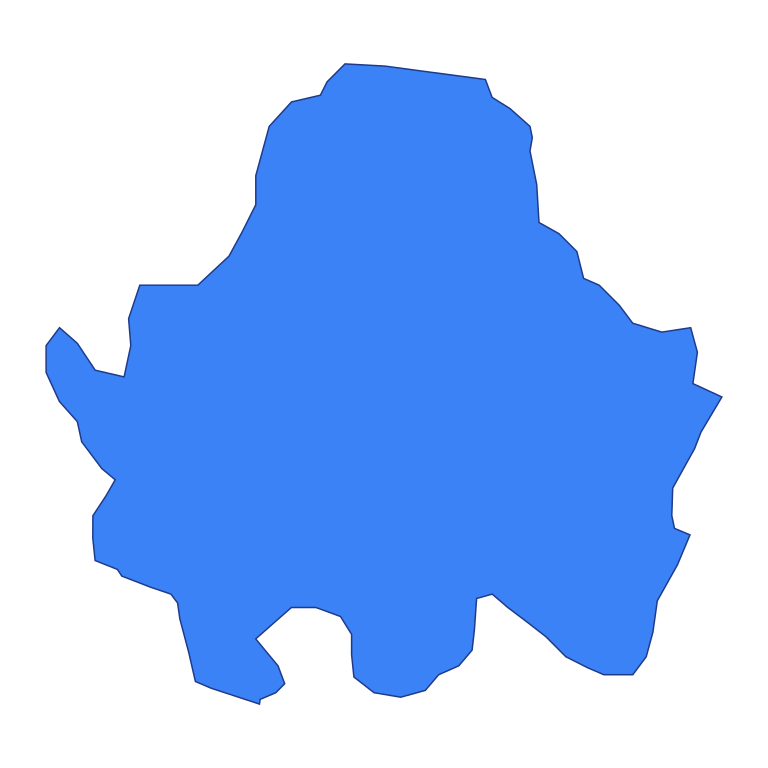 Seongju-gun, North Gyeongsang, South Korea
{"feature_id": "91817680B40534015790157", "entity_name": "Seongju-gun", "entity_type": "district", "adm_level": 2, "iso_a3": "KOR", "parent_name": "South Korea", "parent_adm1": "North Gyeongsang", "projection": "natural_earth1", "projection_center": [128.226, 35.91], "detail": "fine", "context": "isolated", "style": "filled", "palette": "blue", "viewbox_px": 768, "rotation_deg": 0, "n_neighbors": 0, "source": "geoboundaries", "source_scale": "gbopen_adm2", "svg_char_len": 1325}
<svg xmlns="http://www.w3.org/2000/svg" viewBox="0 0 768 768"><path d="M485.4,79.5L418.5,70.6L385.1,66.1L345.0,63.9L327.1,81.8L320.4,95.2L291.5,101.9L269.2,126.4L255.8,175.6L255.8,204.7L242.4,231.5L229.0,256.1L197.8,285.2L168.8,285.2L139.8,285.2L128.6,318.7L130.8,345.6L124.1,376.9L95.2,370.2L77.3,343.3L59.5,327.7L46.1,345.6L46.1,372.4L59.4,401.5L77.3,421.6L81.7,441.8L101.8,468.6L115.2,479.8L106.2,495.5L92.9,515.7L92.8,538.1L95.1,560.5L100.3,562.6L117.4,569.4L121.8,576.1L150.8,587.3L170.9,594.1L177.6,603.0L179.8,618.7L188.7,652.3L195.4,681.5L211.1,688.2L259.5,704.1L260.1,699.4L275.8,692.7L284.7,683.7L278.0,665.8L266.8,652.3L255.7,638.9L273.5,623.2L291.4,607.5L315.9,607.5L340.5,616.5L351.6,634.4L351.6,654.6L353.9,677.0L374.0,692.7L400.7,697.2L425.3,690.4L438.7,674.7L458.8,665.8L472.1,650.1L474.4,629.9L476.6,598.5L492.2,594.1L507.8,607.5L525.7,621.0L545.8,636.6L565.9,656.8L588.2,668.0L603.8,674.7L632.8,674.7L646.2,656.8L652.9,632.2L657.3,600.8L677.4,564.9L690.0,534.9L674.5,528.4L671.8,515.6L672.7,488.1L694.6,448.6L701.0,432.1L721.9,397.0L692.9,383.6L697.4,352.3L690.7,327.7L661.7,332.1L632.7,323.2L619.3,305.3L599.2,285.2L583.6,278.4L576.9,251.6L559.0,233.7L539.0,222.5L536.7,184.5L530.0,151.0L532.3,137.6L530.0,126.4L510.0,108.6L492.1,97.4L485.4,79.5Z" fill="#3b82f6" stroke="#1e3a8a" stroke-width="1.5"/></svg>